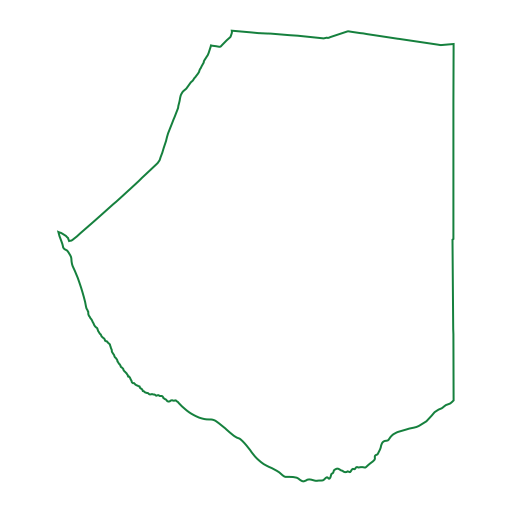 the district of Wajir South, North-Eastern, Kenya
{"feature_id": "3690345B47933297170219", "entity_name": "Wajir South", "entity_type": "district", "adm_level": 2, "iso_a3": "KEN", "parent_name": "Kenya", "parent_adm1": "North-Eastern", "projection": "robinson", "projection_center": [40.096, 0.963], "detail": "fine", "context": "isolated", "style": "outline", "palette": "green", "viewbox_px": 512, "rotation_deg": 0, "n_neighbors": 0, "source": "geoboundaries", "source_scale": "gbopen_adm2", "svg_char_len": 5982}
<svg xmlns="http://www.w3.org/2000/svg" viewBox="0 0 512 512"><path d="M453.6,400.4L453.4,334.1L453.2,329.0L452.5,239.7L453.4,239.0L453.4,103.5L453.6,48.7L453.6,44.0L440.8,45.1L440.0,45.0L437.6,44.6L398.5,38.8L398.1,38.8L375.7,35.4L367.0,34.1L363.3,33.4L360.2,33.1L351.4,31.8L348.4,31.3L347.5,31.4L333.3,36.1L330.3,37.1L328.7,37.8L327.5,37.9L326.8,37.7L324.5,38.2L323.7,38.4L302.5,36.2L297.7,35.7L289.7,35.2L270.7,33.6L266.7,33.5L258.1,33.1L251.2,32.4L231.8,30.7L231.9,31.4L231.9,32.4L231.7,33.4L230.6,36.6L230.3,37.1L226.7,40.3L222.2,44.9L220.8,46.4L220.2,46.7L219.3,46.8L216.0,46.2L212.1,45.7L211.0,45.4L210.7,46.6L208.7,52.8L208.0,54.5L207.6,55.4L207.0,56.2L204.2,60.6L203.9,61.3L203.8,61.8L203.7,62.6L203.0,63.8L201.6,66.3L200.6,68.4L200.1,69.0L199.8,69.6L199.3,70.9L199.1,71.8L198.0,73.6L196.0,76.2L195.3,77.2L194.3,78.2L193.2,80.0L192.5,80.9L191.4,81.8L190.7,82.5L186.4,88.5L186.0,88.9L183.6,90.9L182.9,91.6L182.3,92.4L181.2,94.3L180.7,95.5L180.2,97.5L179.6,100.9L179.1,103.0L178.3,106.1L178.2,107.2L178.0,108.2L174.6,117.0L173.4,119.8L172.3,122.7L168.1,133.3L167.8,134.3L167.0,137.0L166.0,141.1L163.7,148.0L162.3,152.7L160.6,157.2L159.9,159.4L159.7,160.0L159.3,160.7L158.6,161.7L157.8,162.9L156.4,164.3L148.3,171.9L142.1,177.7L138.6,181.2L126.1,192.7L116.1,201.8L113.1,204.3L96.1,219.5L80.4,233.2L76.8,236.5L74.0,238.7L72.5,239.9L71.7,240.4L71.0,240.7L69.6,240.8L69.1,241.0L68.8,240.2L68.4,239.3L68.1,238.1L67.1,237.2L65.9,235.9L62.4,233.7L61.0,232.9L59.6,232.5L58.4,232.0L59.5,236.2L60.3,238.3L61.3,241.0L62.3,243.8L63.0,246.5L63.1,247.3L63.5,248.0L64.0,248.6L64.6,249.2L66.9,250.4L67.4,250.9L68.3,252.1L70.2,255.2L71.0,256.9L71.1,257.4L71.3,258.2L71.6,261.7L71.9,263.4L72.1,264.4L72.7,266.2L74.9,271.0L77.8,278.0L79.4,282.6L81.1,287.7L82.5,292.3L83.8,296.9L85.1,301.9L86.0,306.6L86.5,308.5L87.6,310.4L87.8,311.1L88.2,311.7L88.3,313.4L88.3,314.0L88.6,315.0L89.0,315.9L89.6,316.6L90.3,318.0L91.5,319.5L91.9,320.2L92.8,322.2L93.6,323.5L94.0,324.7L95.0,326.3L95.9,327.2L97.1,328.1L97.4,328.6L97.5,329.3L97.9,330.2L98.1,330.8L98.3,331.3L98.9,332.1L99.8,333.7L100.7,334.4L101.1,335.2L101.4,336.0L101.7,336.5L103.1,337.8L104.2,338.6L104.8,339.6L104.9,340.2L105.2,340.8L105.9,341.0L106.4,341.4L107.1,341.5L107.5,342.0L107.8,342.5L108.3,343.0L109.5,344.0L109.9,344.5L110.2,345.8L110.5,346.4L110.7,347.2L110.9,347.9L111.8,350.1L111.8,351.1L112.0,351.9L113.0,353.5L114.1,355.1L114.5,356.5L114.9,357.2L115.3,357.6L115.9,358.1L116.8,359.4L117.2,360.1L117.4,360.7L117.5,361.5L117.8,361.8L118.1,362.2L118.4,362.7L118.7,363.3L119.1,363.9L119.6,364.2L119.8,364.5L120.6,365.9L120.7,366.6L121.0,367.0L121.7,367.4L122.4,368.0L123.2,368.9L123.4,369.7L123.5,370.0L124.2,371.0L124.5,371.4L125.2,371.9L125.9,372.8L126.4,373.1L127.1,374.3L127.8,375.2L127.9,376.0L128.3,376.6L128.8,376.4L129.7,377.3L130.3,378.4L130.6,379.3L131.1,380.1L131.5,380.8L131.8,382.1L132.1,382.5L132.5,382.8L132.9,383.1L134.0,383.1L134.9,384.0L135.4,384.6L136.8,385.4L137.6,385.6L138.3,386.1L138.8,386.3L139.5,386.4L139.8,387.0L140.0,387.8L140.9,388.6L141.4,388.7L141.7,389.0L142.2,389.6L142.6,390.3L142.8,391.0L143.7,391.2L144.1,391.5L144.5,391.9L145.1,392.4L145.8,392.6L146.5,392.9L147.5,393.0L148.1,393.2L148.7,393.8L149.4,394.3L150.0,394.4L150.9,394.4L151.5,394.2L152.0,394.1L153.4,394.5L154.4,394.5L155.0,394.8L156.2,395.7L157.9,395.2L158.5,395.2L158.9,395.4L159.5,395.9L160.2,396.0L161.6,396.0L162.4,396.3L162.8,396.8L163.2,397.4L163.4,398.0L163.5,398.2L163.9,398.4L164.4,398.6L164.9,399.1L165.5,399.3L166.0,399.6L166.5,400.1L166.8,400.6L167.4,401.2L168.2,401.5L169.1,401.5L169.8,401.3L170.6,400.7L171.1,400.4L171.9,400.3L172.4,400.3L173.0,400.6L173.5,400.7L174.3,400.7L175.1,400.4L175.8,400.4L176.5,401.1L177.3,401.6L177.9,402.0L178.9,403.2L181.9,406.3L185.1,409.1L187.0,410.7L189.3,412.4L191.5,413.8L194.2,415.3L196.2,416.3L199.1,417.6L201.7,418.4L203.7,418.9L204.6,419.1L206.9,419.4L211.3,419.5L212.6,419.7L213.9,420.1L215.1,420.6L216.2,421.3L218.8,423.2L225.4,428.5L226.2,429.3L229.6,432.3L233.5,435.5L234.5,436.2L236.8,437.6L239.5,438.6L240.5,439.3L241.5,440.2L242.5,441.1L244.5,443.2L246.5,445.5L250.3,450.3L251.5,452.1L252.5,453.4L254.2,455.5L255.0,456.5L257.1,458.7L259.0,460.4L261.1,462.2L263.7,464.1L266.6,465.7L269.2,467.0L270.2,467.4L272.0,468.2L276.8,470.8L279.3,472.4L282.6,475.3L284.0,476.3L284.9,476.7L285.5,476.9L290.0,476.9L292.5,477.0L293.6,477.1L296.7,477.7L297.9,478.3L298.7,478.8L299.6,479.6L301.5,480.8L302.2,481.1L303.0,481.3L303.8,481.3L304.5,481.1L306.2,480.4L307.3,479.7L309.2,479.4L311.0,479.6L314.7,480.6L315.8,480.8L317.2,480.8L318.0,480.6L321.6,480.5L322.5,480.4L323.2,480.2L323.8,479.8L325.8,477.9L326.3,477.6L327.0,477.3L327.6,477.5L328.5,478.4L329.0,478.7L329.4,478.6L329.7,478.4L330.2,477.7L330.6,476.8L331.3,474.2L331.7,473.8L332.8,473.1L333.2,472.6L333.5,471.9L333.7,471.1L333.9,470.5L334.2,470.1L334.5,469.9L335.4,469.3L336.5,468.8L337.0,468.7L337.9,468.7L338.6,468.9L340.0,469.7L340.7,470.2L341.7,470.6L342.5,470.8L343.5,471.6L344.2,471.9L344.9,472.1L345.9,472.1L346.6,472.0L347.5,471.4L348.4,471.6L349.7,472.1L350.2,472.0L350.8,471.3L351.7,469.8L352.3,469.2L352.9,468.9L353.7,469.0L354.2,469.2L354.7,469.1L355.1,468.8L355.6,468.0L356.4,467.2L357.2,467.1L358.5,467.5L361.0,467.1L362.4,467.1L363.5,467.3L364.6,467.5L365.3,467.5L366.0,467.1L368.4,464.9L370.2,463.4L372.9,461.4L374.4,459.9L374.7,459.3L374.9,458.5L374.8,456.7L375.0,455.9L375.5,455.3L376.0,455.0L376.8,454.7L377.4,454.4L377.8,453.9L380.0,449.5L380.7,447.6L381.1,445.6L381.5,444.5L382.0,443.3L382.5,442.5L383.2,441.8L383.8,441.4L384.4,441.1L385.1,440.9L386.8,440.7L387.8,440.4L388.4,440.0L388.9,439.3L390.5,437.0L391.8,435.6L393.3,434.3L396.4,432.6L397.5,432.1L399.1,431.6L406.3,429.5L409.2,428.6L414.1,427.6L415.2,427.3L416.4,427.0L418.3,426.2L419.3,425.7L426.4,421.3L431.7,415.6L434.4,412.4L435.0,411.9L438.4,409.7L439.0,409.4L440.0,409.0L441.7,408.3L442.7,407.6L443.5,406.9L444.8,405.9L445.7,405.2L446.4,404.9L449.4,403.8L450.3,403.4L452.2,401.8L453.6,400.4Z" fill="none" stroke="#15803d" stroke-width="2"/></svg>